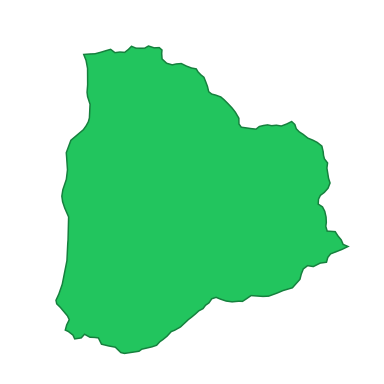 the district of Juarina, Tocantins, Brazil, rotated 353°
{"feature_id": "56859067B90151409267562", "entity_name": "Juarina", "entity_type": "district", "adm_level": 2, "iso_a3": "BRA", "parent_name": "Brazil", "parent_adm1": "Tocantins", "projection": "mercator", "projection_center": [-49.096, -8.132], "detail": "fine", "context": "isolated", "style": "filled", "palette": "green", "viewbox_px": 384, "rotation_deg": 353, "n_neighbors": 0, "source": "geoboundaries", "source_scale": "gbopen_adm2", "svg_char_len": 2180}
<svg xmlns="http://www.w3.org/2000/svg" viewBox="0 0 384 384"><g transform="rotate(353 192 192)"><path d="M43.8,282.9L44.1,286.5L47.2,290.4L53.3,299.8L54.6,303.8L51.4,308.7L49.4,313.6L52.3,315.4L56.4,319.5L57.7,323.5L64.3,323.3L68.0,320.1L73.0,323.7L77.7,324.5L81.3,325.4L83.6,332.0L90.4,334.6L97.0,336.7L101.8,342.7L105.3,344.0L120.0,343.6L123.0,341.9L133.4,340.8L138.2,339.8L141.8,336.7L145.0,335.0L149.6,332.1L154.4,328.0L157.9,327.1L164.2,324.5L172.8,318.2L176.4,316.1L180.6,313.4L184.2,310.8L188.7,309.1L191.6,306.1L195.3,304.1L198.6,300.4L203.1,299.5L207.2,301.8L212.6,304.4L218.4,305.9L225.0,306.1L228.8,306.7L232.7,304.8L238.0,302.0L249.8,304.3L255.4,304.7L264.1,302.7L270.4,300.9L280.0,299.3L288.5,291.8L290.4,286.9L293.1,281.9L297.8,279.2L303.3,280.8L310.6,278.2L316.9,278.1L318.8,273.5L322.0,270.3L334.0,267.2L340.2,265.1L335.6,262.4L334.3,257.8L331.4,253.2L329.3,248.8L324.7,247.9L321.4,247.3L320.6,242.4L321.6,238.6L322.0,233.2L321.4,227.3L319.7,222.7L315.8,219.4L316.7,214.5L319.0,211.0L323.3,208.5L327.5,204.8L330.1,199.9L329.2,195.0L329.0,189.7L328.8,184.7L330.1,179.7L327.5,175.3L327.0,171.7L327.1,168.1L326.5,162.3L322.4,158.1L318.3,155.3L313.5,152.6L309.4,148.4L305.7,145.3L303.2,142.0L302.3,137.5L299.5,134.2L294.4,136.0L288.7,137.4L283.9,136.0L279.1,135.9L275.2,134.6L271.0,134.7L266.8,135.2L263.2,137.4L258.1,136.2L252.6,134.7L248.8,133.7L246.9,130.2L247.5,124.5L244.7,118.0L242.0,113.5L238.4,108.6L235.2,104.5L232.2,101.2L227.3,98.7L223.5,97.2L220.8,94.5L220.2,89.1L219.0,84.1L217.8,79.6L215.1,76.8L212.6,73.5L211.2,70.3L206.7,68.9L201.9,66.4L197.0,63.2L191.9,63.0L187.9,63.4L182.5,61.1L178.5,56.3L178.8,50.8L179.5,47.4L177.1,44.7L172.0,44.3L166.6,41.8L162.5,43.5L158.1,43.0L153.9,42.4L149.7,40.0L146.2,42.8L142.2,45.2L137.5,44.3L132.5,44.3L128.6,40.5L124.1,41.2L118.4,42.2L112.5,43.0L107.8,42.6L101.3,42.3L102.9,48.5L103.4,56.6L101.5,72.8L100.0,80.2L100.0,84.6L101.5,92.5L99.2,106.0L97.6,109.8L95.0,113.4L91.7,117.0L78.1,125.9L72.0,137.7L71.8,142.3L71.1,154.9L68.8,164.2L64.1,174.0L62.3,180.3L62.4,185.9L63.7,192.3L66.5,201.7L63.1,224.6L62.4,228.0L59.5,244.9L52.0,267.7L47.5,276.9L43.8,282.9Z" fill="#22c55e" stroke="#15803d" stroke-width="1.5"/></g></svg>